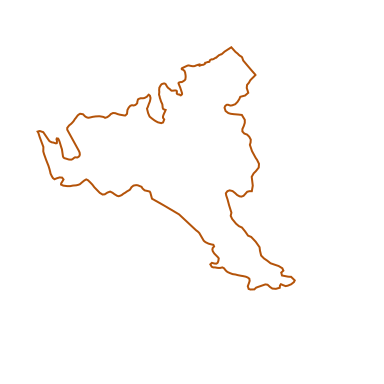 Tatau, Sarawak, Malaysia (Mercator projection), rotated 60°
{"feature_id": "92858781B61228252123101", "entity_name": "Tatau", "entity_type": "district", "adm_level": 2, "iso_a3": "MYS", "parent_name": "Malaysia", "parent_adm1": "Sarawak", "projection": "mercator", "projection_center": [112.968, 2.625], "detail": "fine", "context": "isolated", "style": "outline", "palette": "amber", "viewbox_px": 384, "rotation_deg": 60, "n_neighbors": 0, "source": "geoboundaries", "source_scale": "gbopen_adm2", "svg_char_len": 5545}
<svg xmlns="http://www.w3.org/2000/svg" viewBox="0 0 384 384"><g transform="rotate(60 192 192)"><path d="M68.1,296.4L78.7,298.2L82.5,300.5L85.3,301.2L88.1,301.7L90.8,302.2L94.0,302.7L97.5,303.2L100.6,303.9L103.5,304.7L105.3,305.3L108.0,305.5L110.3,305.5L112.2,304.7L112.5,302.3L113.2,299.3L114.6,297.3L116.9,297.0L118.0,298.9L119.1,301.0L120.1,301.7L122.1,300.3L124.4,297.3L126.0,294.6L126.9,291.9L128.3,289.0L128.9,287.0L129.2,285.3L128.6,282.1L128.2,279.5L128.2,277.3L129.8,276.2L132.9,275.3L135.8,274.6L139.1,274.2L146.6,272.3L149.5,270.7L150.4,268.7L150.2,265.6L150.7,262.7L152.9,261.2L155.0,260.3L157.8,258.8L159.0,257.6L159.4,255.7L159.5,254.2L159.2,252.3L159.2,249.8L159.0,248.5L159.0,246.9L159.0,244.8L158.3,243.3L157.6,242.1L157.2,239.5L157.7,238.0L158.2,236.8L159.1,235.6L162.3,233.1L164.2,233.1L166.9,232.2L169.2,229.7L170.5,228.4L171.7,228.4L177.8,230.0L188.1,223.9L204.9,214.4L227.2,207.6L229.3,206.7L231.2,206.2L236.5,206.2L240.1,206.2L242.2,205.4L245.0,203.5L247.0,201.5L248.4,199.9L250.2,200.1L250.9,202.1L252.0,203.1L253.6,203.6L256.3,203.5L261.3,202.2L262.8,202.0L264.7,203.5L265.6,204.5L266.2,205.5L266.2,206.8L265.2,208.3L263.8,209.7L263.3,210.2L263.8,212.3L265.9,212.3L266.6,212.3L267.9,211.3L268.7,209.9L270.5,207.8L271.8,205.7L272.5,203.4L274.1,202.4L276.3,202.1L278.0,201.7L279.4,201.0L281.2,199.7L283.4,197.9L285.2,195.6L286.9,193.9L289.0,191.5L290.3,189.9L292.2,187.8L293.9,186.5L295.7,185.7L297.8,186.5L299.6,188.5L301.5,190.8L304.3,191.4L305.7,190.1L307.5,186.7L306.9,184.3L307.2,182.5L308.7,174.7L310.1,172.9L313.3,171.9L315.8,170.7L317.8,167.8L318.8,163.9L317.0,162.6L316.3,161.1L318.2,159.7L320.3,158.0L321.0,155.9L321.5,152.3L321.0,148.8L319.9,147.2L315.0,148.6L314.2,149.9L313.3,151.2L309.3,155.8L306.4,155.0L305.8,152.2L303.2,151.9L299.4,154.0L296.7,156.4L293.0,159.6L289.0,161.2L285.5,162.9L281.6,163.9L276.9,162.5L273.6,161.1L266.9,161.7L260.5,163.2L257.8,165.3L252.7,165.7L247.7,166.5L245.1,168.4L241.5,169.7L235.4,170.7L232.0,170.4L229.6,168.2L222.0,166.5L216.1,164.9L212.1,164.1L210.0,163.3L209.0,160.9L209.4,158.6L211.5,156.4L214.5,155.2L217.2,154.4L219.5,153.0L220.7,151.5L221.1,149.3L220.3,146.8L219.4,144.1L220.0,141.9L221.2,139.8L216.9,136.2L208.7,132.7L206.7,129.3L205.9,126.3L204.2,122.0L201.1,119.9L196.7,119.6L194.3,119.8L186.6,119.6L180.1,118.3L178.4,116.5L176.0,114.9L172.7,114.8L169.8,115.6L167.5,117.5L164.8,118.1L162.7,116.9L160.7,114.1L158.5,111.7L155.9,110.2L151.3,110.3L150.2,110.3L148.2,113.0L145.5,116.9L143.6,119.4L141.8,121.1L138.7,122.4L135.3,121.7L134.2,120.4L133.8,118.5L134.4,117.2L136.3,115.6L137.0,114.0L137.6,110.7L136.7,107.5L135.2,104.6L133.7,102.6L135.0,97.8L134.2,93.7L132.2,93.2L129.3,92.6L126.8,90.8L125.8,88.0L124.4,85.7L123.7,83.3L123.1,80.9L122.4,78.5L121.9,78.5L117.1,79.5L110.0,80.8L103.8,81.9L102.1,81.6L101.1,81.4L100.2,81.3L99.3,81.6L98.4,82.2L97.4,82.6L96.3,83.0L95.2,83.2L92.4,84.3L86.3,85.6L86.7,93.5L87.4,96.9L87.5,97.7L87.2,98.2L87.2,98.9L87.1,99.6L87.0,100.5L87.3,101.4L87.3,102.3L87.6,102.9L87.8,103.9L87.5,104.4L87.6,105.6L87.6,106.9L87.4,108.0L86.9,108.6L86.8,109.8L86.9,110.7L87.9,111.8L87.8,112.4L87.3,113.4L87.0,115.2L86.7,116.0L87.4,116.6L87.5,117.2L87.5,117.7L87.5,118.3L87.3,119.1L87.0,119.6L86.7,120.6L86.4,122.4L85.9,122.6L86.0,122.0L85.3,121.7L84.9,122.9L84.4,125.5L84.3,126.7L83.9,127.6L83.2,128.8L82.1,130.1L80.7,131.6L80.3,132.7L79.8,138.2L79.8,138.9L80.0,139.2L80.2,139.4L80.7,139.4L81.3,138.9L81.6,138.6L82.5,138.3L83.2,138.0L85.0,138.2L85.8,138.5L86.9,138.9L87.7,139.2L88.3,139.5L88.9,139.8L89.8,140.4L90.4,140.9L91.1,141.4L91.4,142.0L91.6,142.9L91.7,143.9L91.7,144.8L91.7,145.8L91.2,146.7L90.9,147.5L90.8,148.2L90.7,148.7L90.9,149.2L91.2,149.4L95.7,150.0L101.4,151.2L102.2,151.6L102.5,152.1L102.6,152.7L102.7,153.4L102.5,153.7L101.9,153.8L101.3,154.1L101.1,154.6L100.0,155.7L99.5,155.9L98.7,155.8L98.1,155.2L97.3,154.8L96.7,154.7L96.1,155.1L95.3,156.4L94.7,157.9L94.0,159.1L92.9,159.5L91.4,159.9L90.4,160.5L88.4,160.9L85.4,160.9L84.6,161.3L84.0,161.9L83.8,162.7L83.5,163.9L83.5,164.6L84.0,165.9L85.4,168.2L86.2,168.7L87.3,169.5L89.0,170.3L91.2,171.9L93.1,172.3L94.5,172.8L95.7,173.0L97.0,173.3L98.4,173.6L100.0,173.7L101.4,173.9L104.5,175.3L105.9,175.4L107.8,173.8L109.0,175.4L109.8,176.6L111.0,178.2L112.1,179.4L113.2,180.0L115.3,179.8L117.3,182.3L117.0,184.2L114.6,186.7L112.5,188.0L111.0,188.8L108.2,190.0L105.5,191.0L101.9,190.6L97.3,189.3L96.3,187.8L94.3,185.5L92.6,183.3L91.0,181.8L89.8,180.9L87.6,180.3L86.1,180.8L86.3,181.8L86.9,183.3L86.9,185.3L86.7,186.7L86.0,188.2L85.2,189.4L84.8,191.2L84.8,192.5L86.4,194.1L87.7,195.1L88.1,196.4L88.3,197.6L87.9,199.3L86.8,200.6L86.5,202.3L87.2,204.5L88.7,206.9L91.8,209.2L92.4,211.5L92.0,212.2L88.9,215.9L87.5,217.3L85.4,219.0L84.1,220.9L83.9,223.4L84.5,225.2L84.8,227.9L84.3,230.2L82.9,231.0L81.9,232.1L80.1,234.3L78.4,237.6L77.3,240.3L76.4,243.3L75.8,244.8L74.5,246.0L73.0,246.8L70.2,247.5L69.5,248.3L68.3,249.8L68.3,251.0L68.5,252.6L69.0,253.8L69.8,255.6L70.4,257.2L71.3,258.8L72.0,260.7L72.5,262.5L72.9,265.1L73.6,266.8L74.1,268.0L75.7,268.9L99.7,269.4L101.6,269.6L103.3,270.3L104.3,271.2L104.8,272.5L104.8,274.0L104.0,275.2L103.5,275.9L103.5,277.2L103.8,278.9L103.7,280.2L103.0,281.4L102.1,282.6L101.1,283.5L100.0,284.5L98.9,285.6L98.0,286.0L96.8,286.0L90.0,283.3L87.6,282.8L82.5,281.6L80.7,281.3L79.5,281.2L78.7,281.3L78.0,282.3L78.6,283.0L79.6,283.2L81.1,283.9L82.1,284.7L81.8,285.6L79.7,287.5L79.1,288.4L78.0,289.2L76.7,290.0L75.0,290.2L73.6,290.3L65.8,290.9L64.6,292.0L63.5,292.9L62.9,293.7L62.5,295.5L64.1,295.5L68.1,296.4Z" fill="none" stroke="#b45309" stroke-width="2"/></g></svg>